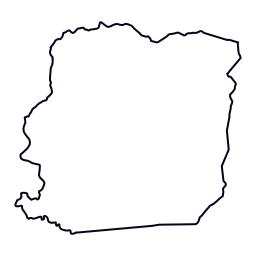 outline of Marale, Francisco Morazán, Honduras
{"feature_id": "27666195B80016530117423", "entity_name": "Marale", "entity_type": "district", "adm_level": 2, "iso_a3": "HND", "parent_name": "Honduras", "parent_adm1": "Francisco Morazán", "projection": "natural_earth1", "projection_center": [-87.147, 14.938], "detail": "fine", "context": "isolated", "style": "outline", "palette": "ink", "viewbox_px": 256, "rotation_deg": 0, "n_neighbors": 0, "source": "geoboundaries", "source_scale": "gbopen_adm2", "svg_char_len": 5552}
<svg xmlns="http://www.w3.org/2000/svg" viewBox="0 0 256 256"><path d="M28.8,218.8L29.4,218.2L30.9,217.9L31.6,218.0L32.4,218.4L33.1,218.7L34.0,218.7L37.5,217.6L39.2,216.9L40.5,216.7L41.0,216.8L41.2,217.0L41.7,219.2L41.9,219.6L42.1,219.7L43.1,219.5L43.8,219.1L43.9,218.8L43.9,218.4L43.7,217.1L43.8,216.5L44.0,216.2L44.4,216.1L44.9,216.0L45.3,216.0L45.8,216.3L46.5,216.8L47.0,217.3L47.4,217.8L47.8,218.7L47.9,219.8L48.1,220.3L48.5,221.3L48.8,221.9L50.6,222.6L51.6,222.9L52.6,222.6L53.8,222.7L55.6,222.4L55.7,222.7L56.1,224.9L56.4,225.4L56.6,225.7L56.9,225.8L57.3,225.6L58.2,224.6L58.7,224.3L59.0,224.3L59.2,224.5L59.5,225.1L59.5,226.3L59.7,227.3L60.3,228.2L61.2,229.1L61.6,229.3L62.4,229.6L64.4,230.1L65.7,230.5L68.0,230.5L69.2,230.2L69.9,230.4L70.3,230.7L70.5,231.2L70.7,231.9L70.7,232.7L70.9,233.2L71.3,233.6L72.0,233.8L74.0,233.6L76.2,232.4L76.4,232.4L76.7,232.6L152.5,225.8L159.1,224.7L195.6,224.2L196.2,223.9L197.0,223.4L197.9,222.3L198.5,221.3L198.9,220.2L199.5,218.0L200.1,217.1L200.5,216.6L201.2,216.1L202.0,215.4L204.0,212.7L207.0,209.2L208.9,207.2L209.6,206.0L213.6,203.8L216.8,201.2L219.1,199.0L221.1,197.3L222.7,196.2L223.2,193.2L223.3,191.3L223.0,189.0L223.5,188.0L224.4,186.8L225.1,186.0L225.6,185.7L225.8,184.7L225.7,183.7L225.3,182.9L223.5,180.9L221.8,166.1L228.7,149.6L226.9,130.4L229.5,116.7L229.4,115.1L229.5,114.0L230.7,108.4L230.8,106.3L231.1,105.3L231.9,103.5L232.2,102.6L232.2,102.0L232.2,101.2L231.8,100.3L230.3,97.5L230.1,96.3L230.1,95.1L230.2,94.6L230.3,94.3L232.4,92.3L234.5,89.4L234.8,88.8L234.9,88.2L234.9,87.7L234.8,87.1L234.9,86.6L235.5,85.2L235.7,84.5L235.8,83.9L235.7,83.3L235.1,82.4L233.6,80.5L232.8,79.5L231.7,78.1L230.9,77.1L230.5,76.9L230.0,76.7L229.5,76.6L229.0,76.7L228.4,76.2L227.9,75.6L227.4,74.3L227.3,73.7L228.1,73.1L229.5,71.2L240.6,58.0L240.0,55.7L238.8,53.5L238.4,51.2L238.2,48.8L238.1,47.3L237.8,44.5L237.8,43.1L238.0,42.4L229.6,39.9L226.8,39.9L204.3,33.0L203.4,32.6L202.2,31.5L201.5,31.2L200.7,31.1L200.1,31.2L197.3,32.5L195.9,32.9L195.4,32.9L192.8,32.8L190.6,33.2L187.5,33.4L187.1,33.6L186.6,33.9L185.4,35.1L184.9,35.3L184.4,35.4L183.9,35.4L182.7,34.6L181.6,34.3L180.7,33.8L179.9,33.3L179.0,33.0L178.4,32.7L178.0,32.6L176.6,32.8L174.3,33.5L173.3,33.6L171.5,34.0L169.2,34.3L168.5,34.6L167.2,36.1L165.1,37.6L162.7,39.1L158.6,41.8L157.3,42.3L156.8,42.3L156.1,42.3L154.0,41.7L153.5,41.5L151.8,41.2L151.3,41.0L150.9,40.5L150.4,38.8L150.2,38.4L148.7,36.9L148.4,36.5L148.2,36.3L147.9,36.3L146.5,36.7L145.6,36.6L144.9,36.4L141.5,35.3L140.3,34.1L139.5,33.1L134.8,29.1L131.7,25.8L131.3,25.6L129.9,25.1L128.4,24.4L126.8,24.0L125.6,23.9L124.8,24.1L123.7,24.7L122.1,25.1L119.8,24.7L117.4,24.0L116.5,24.0L113.6,24.7L111.4,25.9L110.2,26.5L108.0,26.9L107.1,26.5L106.0,25.9L102.6,23.3L101.8,22.8L101.4,22.4L100.9,22.2L100.5,22.3L100.3,22.4L100.1,22.7L99.8,23.2L99.0,26.5L98.8,27.1L98.6,27.5L98.2,27.9L97.8,28.2L96.2,28.8L95.3,28.9L94.1,29.1L90.7,29.6L90.1,29.7L89.7,30.1L89.2,30.3L88.3,30.4L88.0,30.3L86.5,29.5L85.7,29.7L85.1,29.6L84.7,29.3L84.2,28.5L83.4,27.9L82.9,27.7L82.3,27.7L79.8,28.4L78.4,28.4L78.2,28.5L77.0,29.4L74.6,32.0L73.8,32.6L73.3,32.8L72.8,32.9L71.4,32.3L69.6,30.6L69.3,30.4L69.0,30.4L68.5,30.5L67.1,31.1L65.2,32.5L63.5,32.9L63.2,33.6L62.8,35.4L62.4,36.5L62.1,37.1L60.8,38.7L60.4,39.0L60.0,39.2L58.4,39.1L57.5,39.3L56.6,39.7L55.8,40.3L55.3,40.8L55.0,41.1L54.0,43.2L53.3,43.9L52.7,44.9L51.5,46.1L51.3,46.6L51.2,47.2L50.9,47.4L50.6,47.5L50.8,48.9L50.8,49.3L50.7,49.7L50.3,50.6L50.0,51.5L50.0,52.3L50.1,53.1L50.4,54.2L50.7,54.9L52.4,57.1L52.5,57.5L52.8,58.3L52.5,58.9L52.7,59.8L52.7,60.8L52.6,62.2L52.3,64.5L52.2,65.0L51.8,65.8L51.3,66.8L50.7,69.1L50.1,76.4L50.0,80.0L50.7,81.9L50.9,82.8L50.7,83.7L50.2,85.1L50.2,85.7L51.1,87.6L51.4,88.6L52.0,92.0L52.0,92.5L51.9,92.8L50.1,95.1L48.3,96.6L48.2,96.7L48.2,97.0L47.1,97.7L46.8,99.3L46.6,99.7L46.3,100.0L45.9,100.3L45.2,100.5L43.7,100.9L42.9,101.1L42.2,101.6L41.4,102.2L38.9,103.5L36.8,105.5L35.5,107.0L35.2,107.3L34.3,107.6L33.7,108.0L31.9,110.1L31.2,112.1L30.7,112.6L29.8,113.8L28.6,116.4L28.2,116.5L27.5,116.4L26.9,116.5L26.4,116.9L25.0,117.3L24.8,117.4L24.8,117.6L24.8,118.4L25.2,120.6L25.3,122.7L25.2,123.1L24.8,123.9L23.6,127.5L23.5,128.7L23.6,130.7L24.1,132.3L24.8,133.6L27.6,137.3L28.7,138.5L29.1,139.4L29.5,140.3L29.8,141.2L29.9,142.2L29.9,143.2L29.8,144.2L29.6,144.7L28.2,147.1L27.4,148.2L26.9,148.8L25.6,150.0L23.2,152.3L21.3,153.9L20.7,154.6L20.5,155.0L20.4,155.5L20.5,156.6L20.7,157.5L21.0,158.1L21.4,158.7L22.2,159.3L22.8,159.6L24.2,160.1L27.9,160.8L30.3,161.9L31.9,162.9L33.0,163.3L37.4,164.3L38.7,164.6L39.2,164.7L39.6,164.9L39.8,165.6L39.9,166.7L39.7,167.9L39.7,169.5L39.3,172.2L39.1,173.8L39.1,175.0L39.1,175.8L39.6,176.8L40.4,178.1L41.1,178.8L42.2,179.6L43.5,181.1L44.1,182.1L44.3,182.6L44.4,183.0L44.3,183.9L43.9,185.2L42.4,188.9L41.8,189.6L41.1,190.2L40.1,190.8L39.3,191.1L39.1,191.4L39.0,191.9L39.1,192.6L39.9,194.9L39.6,195.5L39.4,196.5L38.9,198.1L38.6,198.8L38.0,199.2L37.7,199.4L37.4,199.4L36.9,199.0L36.5,198.5L36.0,198.4L33.9,198.7L31.5,199.7L31.2,199.7L30.5,199.1L28.8,197.4L27.8,196.5L27.5,195.9L27.5,194.9L27.3,194.1L27.1,193.7L26.9,193.5L26.3,193.2L25.3,192.9L24.2,192.8L23.1,192.8L22.0,193.0L21.1,193.4L21.4,196.7L21.2,197.4L20.8,198.1L20.4,198.6L19.9,199.0L19.0,199.4L17.7,200.0L17.1,200.3L16.9,200.7L16.2,202.6L15.7,203.6L15.4,204.3L15.4,204.6L15.4,205.1L15.7,205.8L15.9,206.0L16.3,206.1L17.6,206.4L18.3,206.3L21.1,205.7L21.5,205.8L21.8,205.9L21.9,206.2L22.0,206.5L22.2,208.4L22.4,209.2L23.7,210.9L24.7,212.5L25.8,214.0L26.5,215.2L26.7,215.7L26.9,216.5L27.2,217.6L28.8,218.8Z" fill="none" stroke="#020617" stroke-width="2"/></svg>